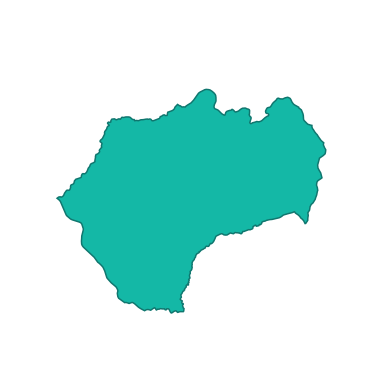 Rivera, Huila, Colombia (orthographic projection), rotated 299°
{"feature_id": "7082276B82824229693572", "entity_name": "Rivera", "entity_type": "district", "adm_level": 2, "iso_a3": "COL", "parent_name": "Colombia", "parent_adm1": "Huila", "projection": "orthographic", "projection_center": [-75.265, 2.78], "detail": "fine", "context": "isolated", "style": "filled", "palette": "teal", "viewbox_px": 384, "rotation_deg": 299, "n_neighbors": 0, "source": "geoboundaries", "source_scale": "gbopen_adm2", "svg_char_len": 5990}
<svg xmlns="http://www.w3.org/2000/svg" viewBox="0 0 384 384"><g transform="rotate(299 192 192)"><path d="M121.1,77.0L120.6,79.7L119.9,81.5L111.0,93.0L110.5,94.0L109.5,98.8L109.6,100.7L111.1,108.2L111.2,109.6L110.5,111.2L107.1,114.8L105.8,115.4L100.1,116.9L98.1,117.9L95.5,119.1L93.0,120.7L91.9,122.0L91.1,123.8L87.5,138.1L84.9,143.6L84.6,145.7L83.8,148.6L83.0,150.7L80.6,154.0L76.0,158.8L75.4,159.7L73.4,165.4L72.2,171.5L71.3,173.2L70.1,174.7L69.4,175.2L68.1,175.5L67.0,175.9L64.5,177.9L63.5,179.4L62.6,186.8L63.4,187.8L63.9,190.0L64.0,191.0L65.7,192.5L66.4,193.2L66.6,194.3L66.4,196.2L65.3,201.0L65.1,203.5L65.2,208.1L66.7,209.0L67.5,209.8L68.2,211.3L68.6,213.2L71.1,214.4L72.6,215.4L72.4,216.4L71.6,217.7L71.7,218.3L72.6,218.5L73.7,220.2L74.6,220.8L75.6,223.2L76.5,224.7L76.0,225.5L76.0,225.8L76.6,226.6L77.6,226.6L78.4,228.0L78.2,229.0L77.3,230.1L76.2,231.9L76.2,232.6L77.0,233.3L79.0,234.2L80.2,235.4L80.2,236.2L79.8,237.4L79.8,237.9L81.4,239.3L83.1,242.4L83.8,242.5L86.2,241.5L86.4,240.4L87.0,240.0L87.6,239.2L88.7,238.5L89.4,238.8L89.8,238.7L90.1,238.2L89.9,237.7L90.1,236.8L91.4,236.3L91.9,236.4L92.0,236.3L92.0,235.2L92.4,233.8L93.5,233.5L94.8,233.7L96.3,232.4L96.9,232.1L98.2,232.4L100.6,232.2L101.6,232.8L102.4,232.7L102.9,233.0L103.4,232.6L103.8,232.5L106.2,233.0L107.0,232.4L107.6,232.3L108.2,232.5L108.7,233.7L109.1,233.9L109.4,233.7L109.7,232.9L110.5,232.8L110.9,233.2L111.3,233.2L111.8,232.5L113.2,232.4L114.0,231.5L114.6,231.8L115.3,231.7L115.8,231.9L117.6,230.3L118.9,229.9L119.9,230.0L121.6,228.9L123.4,229.3L124.1,229.3L126.1,228.7L126.5,228.5L127.0,227.8L128.8,227.3L129.8,226.5L131.0,226.3L132.2,226.3L133.9,226.7L135.4,226.4L137.0,226.6L138.2,226.0L139.1,226.2L140.0,226.1L142.5,227.6L143.3,227.2L143.7,227.8L145.6,228.2L147.2,229.4L148.5,230.0L149.2,230.6L150.5,230.5L151.5,230.8L151.7,231.1L152.0,232.1L152.6,232.9L155.9,233.1L156.2,234.0L157.2,234.5L159.1,234.9L162.4,234.7L164.5,234.4L165.3,234.6L168.9,237.1L169.9,238.2L170.1,238.7L170.0,240.8L170.6,242.2L171.4,243.5L174.7,245.4L174.9,245.8L175.2,247.3L175.7,248.6L177.1,249.1L177.5,249.4L177.7,250.3L178.3,251.2L178.6,252.4L179.1,252.9L179.1,254.6L179.6,255.5L180.0,255.6L182.1,255.6L182.6,256.5L186.6,259.9L187.1,261.1L188.8,262.5L189.4,262.8L189.9,262.7L191.4,262.2L193.6,263.4L193.7,263.6L193.8,264.1L193.3,264.7L193.4,265.1L195.0,266.8L196.2,266.7L196.6,267.7L198.0,268.2L199.4,267.8L200.6,268.4L202.3,270.3L203.2,270.8L205.4,273.2L206.8,275.3L211.7,280.7L212.5,281.3L214.0,282.2L216.2,283.1L219.5,286.4L222.9,290.0L224.3,291.0L224.3,291.4L223.7,292.8L223.4,296.2L223.2,296.9L222.8,298.4L222.2,299.2L221.9,300.2L221.7,301.6L221.0,303.6L219.2,306.2L219.6,306.7L223.3,307.0L225.4,305.9L227.9,305.0L230.0,303.4L233.1,303.6L236.3,302.4L238.9,302.3L241.1,303.1L245.3,303.3L247.0,302.9L249.8,302.5L253.1,301.4L254.4,301.2L256.7,299.4L258.3,297.6L261.0,296.5L262.9,296.6L266.2,298.3L267.4,298.8L271.1,295.3L272.5,292.9L274.0,290.6L276.5,288.8L283.4,287.1L287.5,289.1L289.9,289.9L291.7,289.4L293.8,288.5L294.9,286.6L296.8,284.2L297.6,283.7L298.9,283.4L299.6,280.0L301.6,275.8L302.9,273.5L303.1,272.5L304.1,270.1L305.4,267.9L305.7,267.0L306.5,265.9L307.6,265.0L308.4,264.6L308.0,263.3L307.4,260.3L308.9,255.3L309.7,254.3L313.0,252.2L314.4,250.9L316.8,247.9L317.4,244.5L317.9,244.2L317.9,239.5L318.1,238.1L319.1,235.9L320.8,233.6L321.4,232.4L321.4,230.7L321.2,229.7L319.5,227.8L317.3,226.2L316.2,223.9L316.0,222.3L315.7,221.7L315.0,221.2L313.0,221.0L309.7,219.8L307.9,219.5L306.2,219.5L304.6,219.3L303.8,218.9L302.9,217.8L302.1,217.1L300.8,216.9L298.4,217.1L297.1,218.1L296.9,219.1L297.3,220.0L297.3,220.9L297.1,221.4L296.4,221.8L295.6,221.8L294.8,221.1L292.5,219.9L288.3,218.5L287.2,217.8L285.8,216.5L285.3,215.2L285.1,214.5L283.9,213.5L281.9,211.4L280.8,210.8L280.4,210.3L280.2,209.9L280.7,208.9L284.6,208.1L285.4,207.8L286.0,207.3L286.2,206.2L286.7,205.3L287.4,204.5L288.4,204.3L291.0,203.0L291.4,202.7L291.8,202.0L291.8,201.2L291.3,199.4L291.4,198.7L291.2,197.8L289.7,195.5L287.9,194.4L285.3,193.4L283.2,191.5L283.0,190.7L283.7,188.5L283.8,187.2L283.5,186.8L282.4,186.5L281.7,185.5L280.4,184.2L279.3,183.3L278.0,183.0L275.4,183.5L275.0,183.2L274.8,182.1L274.9,180.0L276.2,175.5L276.2,173.5L275.9,172.3L276.0,171.5L276.4,170.6L277.2,169.9L278.4,169.5L279.3,169.2L282.6,169.0L283.7,168.6L286.3,167.1L288.0,165.8L288.6,164.9L289.3,163.2L289.8,160.8L290.0,158.3L289.5,156.6L288.6,154.6L287.6,153.5L284.9,151.7L283.5,150.7L281.6,149.8L273.2,148.9L269.5,148.0L266.0,146.0L264.2,145.1L263.0,144.8L262.4,143.4L261.5,142.1L261.7,139.9L261.4,139.4L261.6,136.9L258.2,136.0L255.8,136.2L254.2,135.6L253.3,135.0L250.0,132.1L248.7,132.5L247.4,133.1L246.9,133.1L245.9,131.5L246.1,130.6L245.4,129.5L243.3,128.5L242.6,127.7L241.3,127.9L240.5,127.8L236.2,124.2L235.3,123.3L235.0,122.3L235.6,120.9L235.5,119.8L234.2,118.3L234.2,117.6L233.3,116.3L231.6,114.2L230.4,112.3L228.4,110.6L227.5,108.5L226.6,107.4L227.3,106.3L227.0,105.9L226.7,104.8L226.8,103.9L227.3,101.8L227.1,100.6L225.9,98.3L225.3,97.4L224.1,96.2L223.6,94.9L223.2,94.4L221.0,94.1L220.7,93.8L220.7,92.9L220.3,92.3L218.7,91.1L218.4,90.4L218.3,89.7L218.5,89.0L217.5,87.4L216.7,86.5L215.1,86.5L213.8,87.0L213.2,86.6L212.6,85.0L211.5,84.7L211.0,85.0L210.3,87.0L209.9,87.3L208.7,86.5L207.6,86.4L205.6,86.8L202.7,86.4L201.2,86.8L200.5,87.5L195.7,87.7L194.6,87.5L193.1,86.9L192.4,86.8L191.5,87.2L191.3,88.6L191.0,89.4L190.7,89.8L188.3,90.4L187.5,91.3L184.0,90.7L183.2,90.9L182.7,91.5L182.4,91.7L181.5,91.7L179.3,90.9L178.3,89.9L176.4,90.2L175.9,90.7L174.7,91.0L173.7,91.5L172.9,91.6L171.4,92.4L169.8,91.6L167.9,90.1L166.9,89.8L164.6,90.1L162.3,89.7L161.7,89.9L159.1,90.2L157.6,90.1L156.1,89.5L155.7,89.0L155.2,87.7L154.3,87.2L152.6,87.4L151.5,87.9L150.7,87.8L146.8,84.2L144.6,83.8L143.3,84.3L141.9,84.4L140.8,83.9L140.2,83.3L139.4,82.8L138.8,82.8L137.7,83.2L137.3,83.6L134.8,84.0L134.1,83.8L133.7,83.2L133.4,82.4L132.6,81.5L129.1,81.1L126.8,81.4L125.3,81.0L124.2,80.2L124.0,79.7L123.9,79.0L122.9,77.8L121.1,77.0Z" fill="#14b8a6" stroke="#0f766e" stroke-width="1.5"/></g></svg>